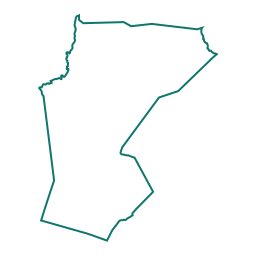 San Pedro Zacapa, Santa Bárbara, Honduras
{"feature_id": "27666195B51644661429984", "entity_name": "San Pedro Zacapa", "entity_type": "district", "adm_level": 2, "iso_a3": "HND", "parent_name": "Honduras", "parent_adm1": "Santa Bárbara", "projection": "natural_earth1", "projection_center": [-88.13, 14.733], "detail": "fine", "context": "isolated", "style": "outline", "palette": "teal", "viewbox_px": 256, "rotation_deg": 0, "n_neighbors": 0, "source": "geoboundaries", "source_scale": "gbopen_adm2", "svg_char_len": 4797}
<svg xmlns="http://www.w3.org/2000/svg" viewBox="0 0 256 256"><path d="M202.1,27.8L197.2,29.3L151.8,23.9L131.1,26.2L123.7,22.1L83.3,23.2L79.1,20.0L79.0,15.4L78.8,15.5L78.5,15.6L77.9,15.9L77.7,15.9L77.3,16.0L77.1,16.1L76.9,16.2L76.6,16.6L76.3,17.0L76.1,17.3L75.9,17.6L75.8,17.8L75.8,18.1L75.8,18.4L75.8,18.6L75.6,19.4L75.3,20.8L75.1,21.7L75.0,22.1L74.8,23.4L74.8,23.8L74.7,24.3L74.6,24.7L74.6,25.2L74.7,25.9L74.8,26.3L74.8,26.6L74.9,26.8L75.0,27.0L75.3,27.4L75.4,27.7L75.6,28.2L75.7,28.3L75.6,29.0L75.6,30.0L75.6,30.3L75.5,30.6L75.4,31.0L75.3,31.3L75.0,31.9L74.8,32.5L74.7,32.9L74.6,33.4L74.5,34.1L74.5,34.4L74.6,34.7L74.7,35.2L74.9,35.5L75.0,35.7L75.0,35.9L74.9,36.4L74.7,36.9L74.5,37.4L74.5,37.6L74.5,37.9L74.5,38.2L74.5,38.4L74.6,38.7L74.8,39.0L74.9,39.5L75.0,39.9L75.0,40.1L75.0,40.3L74.9,40.8L74.8,41.1L74.6,41.6L74.5,41.9L74.2,42.3L73.5,43.3L73.1,43.6L73.0,43.8L72.9,44.0L72.7,44.2L72.6,44.6L72.4,45.2L72.3,45.6L72.3,46.0L72.3,46.3L72.4,47.0L72.5,47.5L72.5,48.1L72.4,48.5L72.1,48.9L71.7,49.5L71.3,49.8L71.1,50.1L70.7,50.6L70.5,50.8L70.3,51.3L70.1,51.7L70.1,52.0L70.0,52.4L70.0,52.6L69.9,52.9L69.8,53.1L69.6,53.2L69.5,53.3L69.4,53.2L69.1,53.0L68.9,52.8L68.3,52.4L67.9,52.2L67.7,52.1L67.4,52.2L67.2,52.3L66.8,52.5L66.7,52.7L66.5,52.8L66.4,53.0L66.4,53.3L66.4,53.5L66.5,53.9L66.7,54.1L67.0,54.2L67.0,54.3L67.2,54.5L67.3,54.7L67.4,54.9L67.4,55.1L67.5,55.4L67.5,55.8L67.5,56.0L67.4,56.4L67.3,56.7L67.3,56.8L67.2,56.9L67.0,57.0L66.8,57.1L66.7,57.2L66.7,57.4L66.7,57.5L66.8,57.7L66.8,57.8L66.6,58.0L66.4,58.3L66.4,58.6L66.3,58.9L66.3,59.2L66.3,59.3L66.4,59.5L66.7,60.1L67.0,60.6L67.3,60.8L67.4,61.0L67.3,61.3L67.3,61.7L67.3,62.1L67.4,62.3L67.5,62.4L67.6,62.6L67.8,62.7L67.9,62.8L68.0,63.0L68.0,63.4L68.0,63.6L67.9,64.2L67.9,64.9L67.9,65.3L67.9,65.7L67.9,65.9L67.9,66.0L67.6,66.3L67.3,66.5L67.2,66.6L66.9,66.6L66.9,66.8L66.9,67.1L66.8,68.8L66.9,69.0L67.0,69.3L67.3,69.4L67.8,68.8L68.0,68.8L68.3,69.0L68.4,69.4L68.4,69.7L68.4,70.0L68.3,70.4L68.2,70.6L68.0,71.1L67.8,71.7L67.3,72.7L67.0,73.3L66.7,73.7L66.5,73.9L66.2,74.3L66.0,74.5L65.6,75.2L65.3,75.8L65.1,76.1L64.8,76.5L64.5,76.7L64.3,76.8L64.1,76.9L63.9,76.8L63.7,76.7L63.4,76.6L63.2,76.4L63.0,76.2L62.9,76.0L62.8,75.7L62.7,75.6L62.4,75.4L62.1,75.3L61.9,75.3L61.7,75.4L61.4,75.6L61.3,75.8L61.2,76.1L61.2,76.4L61.2,76.7L61.4,77.1L61.5,77.6L61.6,78.1L61.6,78.5L61.5,78.8L61.4,79.1L61.2,79.2L60.9,79.1L60.8,78.9L60.7,78.8L60.4,78.6L60.1,78.4L59.5,78.2L59.3,78.1L59.1,78.1L58.9,78.1L57.8,78.6L56.7,79.0L56.4,79.0L55.9,79.0L55.6,79.0L54.8,79.2L54.3,79.3L52.9,80.0L51.2,80.8L50.9,80.9L50.8,81.1L50.7,81.1L50.8,81.4L50.8,81.5L51.0,81.6L51.3,81.7L51.5,81.9L51.6,82.1L51.6,82.3L51.6,82.6L51.5,82.8L51.4,82.9L51.4,83.0L50.7,82.7L50.5,82.9L50.1,83.3L49.8,83.5L49.4,83.7L49.2,83.8L48.8,83.8L48.6,83.7L48.3,83.5L48.3,83.4L48.2,83.4L47.9,83.3L47.6,83.3L47.4,83.4L47.2,83.4L46.9,83.5L46.7,83.7L46.3,84.0L46.1,84.2L45.7,84.5L45.3,84.6L45.1,84.5L44.5,84.3L44.1,84.2L43.9,84.2L43.7,84.2L43.4,84.3L43.1,84.6L42.8,84.9L42.7,85.2L42.4,86.0L42.1,86.6L41.9,87.0L41.7,87.3L41.4,87.3L41.0,87.3L40.4,87.2L40.1,87.3L39.8,87.4L39.6,87.5L39.4,87.8L39.2,88.1L39.5,88.4L40.5,89.7L40.9,90.2L41.3,90.7L41.5,91.0L41.6,91.4L41.8,92.1L41.8,92.5L41.8,93.0L41.9,93.5L42.0,93.8L42.4,94.5L42.8,95.4L43.1,95.7L43.5,96.0L54.1,180.6L52.2,186.1L44.6,209.3L41.1,220.5L87.6,233.7L89.4,234.3L107.0,240.6L112.2,230.3L119.3,221.0L119.7,220.6L120.2,220.5L120.4,220.4L120.9,220.3L121.4,220.2L121.9,220.1L123.0,220.2L123.3,220.0L123.7,219.8L124.0,219.7L124.3,219.8L125.3,220.0L125.7,219.9L126.3,219.5L126.5,219.2L126.9,218.7L127.4,218.4L128.1,218.0L128.6,217.7L129.3,217.4L132.6,215.3L132.4,214.5L132.3,213.8L132.4,213.5L132.6,213.1L136.1,209.1L153.1,191.8L134.6,157.7L134.0,157.5L133.2,157.2L131.6,156.7L131.2,156.5L130.5,156.2L129.7,155.9L129.1,155.6L128.4,155.4L128.1,155.3L127.5,155.3L127.2,155.3L126.7,155.3L126.3,155.3L125.8,155.1L125.5,155.0L123.4,154.6L122.5,154.5L122.2,154.4L121.7,154.2L121.4,154.1L121.1,153.9L120.9,153.7L120.7,153.3L120.6,153.1L120.6,152.7L120.6,152.3L120.7,151.9L121.4,149.6L121.7,149.0L121.9,148.5L122.0,148.0L122.1,147.5L159.0,97.5L178.2,91.1L213.1,57.3L216.8,54.2L215.8,53.6L215.6,53.6L215.2,53.5L214.8,53.4L214.6,53.4L214.1,53.3L213.4,53.2L213.1,52.7L211.9,51.9L211.6,51.6L211.3,51.3L211.0,51.0L210.8,50.7L210.4,50.8L209.9,50.9L209.5,50.9L209.2,50.6L208.9,50.2L208.8,49.8L208.5,49.3L208.2,48.9L207.9,48.8L207.6,48.5L207.4,48.1L207.8,47.1L207.8,46.4L207.8,45.8L207.7,45.1L207.3,44.4L207.2,43.8L206.9,43.2L206.7,43.1L206.3,43.1L205.7,42.8L205.3,42.5L205.1,42.1L204.7,42.0L204.4,41.6L204.0,40.7L204.0,40.3L203.9,39.7L203.8,39.2L203.7,38.8L203.4,38.8L203.2,38.9L203.1,38.5L203.1,38.0L203.3,37.0L203.3,36.6L203.1,35.8L202.6,35.2L202.2,34.6L201.7,33.7L201.4,32.4L201.3,31.2L201.3,30.3L201.5,29.3L201.7,28.4L202.1,27.8Z" fill="none" stroke="#0f766e" stroke-width="2"/></svg>